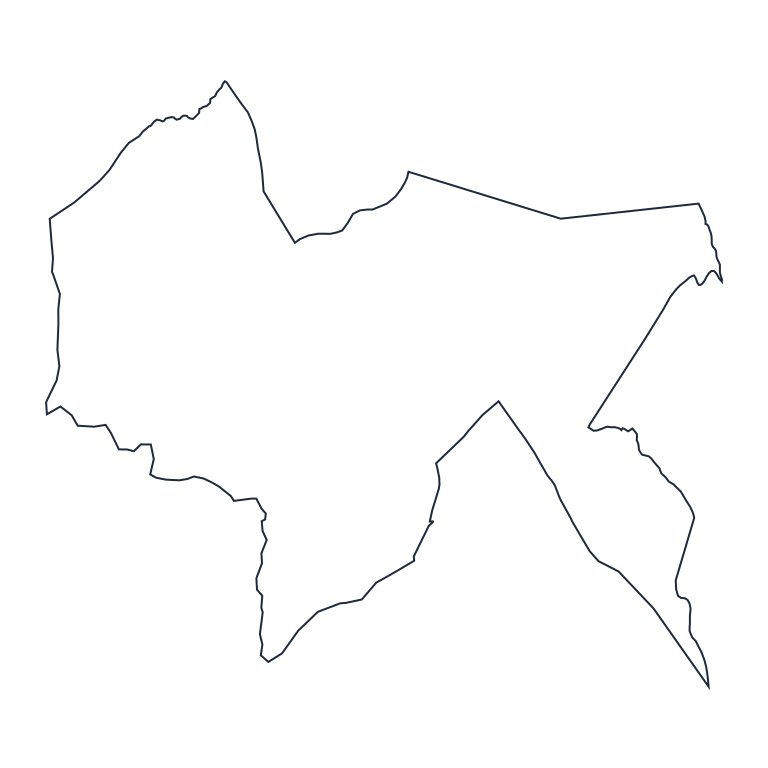 San José Ayuquila, Oaxaca, Mexico (Natural Earth projection)
{"feature_id": "50627088B32404165337072", "entity_name": "San José Ayuquila", "entity_type": "district", "adm_level": 2, "iso_a3": "MEX", "parent_name": "Mexico", "parent_adm1": "Oaxaca", "projection": "natural_earth1", "projection_center": [-97.964, 17.952], "detail": "fine", "context": "isolated", "style": "outline", "palette": "slate", "viewbox_px": 768, "rotation_deg": 0, "n_neighbors": 0, "source": "geoboundaries", "source_scale": "gbopen_adm2", "svg_char_len": 4127}
<svg xmlns="http://www.w3.org/2000/svg" viewBox="0 0 768 768"><path d="M708.6,686.7L708.4,684.6L707.9,678.9L707.1,672.5L706.1,666.6L704.3,659.8L701.7,652.7L699.2,647.9L695.8,641.1L692.1,637.3L691.1,634.9L689.6,631.1L689.6,627.5L689.9,623.4L689.9,615.7L690.6,608.9L689.5,603.4L687.6,600.0L685.0,598.3L681.0,597.9L678.0,595.8L676.2,589.5L675.7,580.5L694.2,517.9L693.5,514.7L692.7,512.3L690.1,506.7L687.8,503.1L685.8,500.0L683.7,496.4L680.7,491.4L677.6,488.4L673.5,484.3L668.7,481.5L665.7,477.4L661.3,473.3L660.0,470.1L659.5,468.3L657.6,466.2L654.2,462.3L651.2,458.4L649.1,456.5L645.9,455.6L642.3,454.8L641.9,454.4L640.7,452.9L638.9,449.7L638.6,445.8L638.3,444.2L638.0,443.0L636.7,440.0L637.0,437.1L636.9,434.2L634.8,431.3L632.3,428.5L628.2,431.3L626.3,430.2L624.4,428.9L622.6,428.3L621.4,430.1L621.0,429.7L619.8,428.6L617.0,427.7L615.0,427.2L610.8,427.2L607.2,426.7L604.9,427.5L600.7,429.3L600.2,429.2L598.0,430.3L593.7,430.8L588.4,427.4L589.9,424.3L645.4,338.3L663.4,309.2L670.3,296.9L676.2,289.3L680.0,285.4L685.9,280.7L689.2,277.7L692.0,276.0L693.9,275.4L695.4,277.5L696.5,280.1L697.4,282.7L698.8,284.9L700.8,284.8L702.3,283.6L704.5,280.8L706.5,276.9L709.1,273.0L711.5,271.0L713.8,270.9L715.9,272.8L717.7,275.7L719.3,278.6L721.9,281.6L721.9,279.1L721.1,277.1L719.9,272.8L719.9,264.6L718.7,262.0L717.7,260.0L716.9,258.3L716.4,255.4L716.2,252.6L716.0,250.8L714.5,248.3L712.9,246.8L711.7,243.7L711.7,239.7L711.5,236.0L710.7,232.6L709.5,229.7L708.5,226.3L707.2,224.6L705.5,224.0L705.6,221.4L704.6,216.7L701.9,210.6L700.1,206.9L698.6,203.6L560.8,218.7L408.5,171.8L407.8,174.7L407.1,177.8L405.0,182.4L401.0,189.2L395.4,196.6L386.8,203.7L372.6,209.5L370.3,209.5L367.7,209.5L359.9,210.4L353.0,213.9L347.7,223.0L342.2,230.5L336.9,232.4L330.7,233.8L318.4,233.7L308.5,235.5L299.9,239.1L294.9,242.8L263.6,191.4L262.2,172.8L260.8,162.8L257.8,147.7L256.4,137.5L254.7,129.3L251.6,120.8L247.8,112.2L242.3,105.0L236.0,96.1L229.0,85.9L226.7,82.3L224.8,81.3L222.7,84.1L222.3,85.5L221.3,87.7L219.3,89.5L216.9,92.4L215.1,96.2L213.0,97.4L210.4,99.1L210.1,102.9L206.5,106.1L204.5,106.6L202.4,107.3L201.3,108.4L199.4,109.0L199.1,112.9L195.2,116.9L192.9,119.0L190.0,118.4L188.2,117.4L186.9,116.0L185.6,115.7L183.3,115.7L181.7,116.8L180.0,118.7L176.8,119.7L175.2,118.8L173.9,117.4L171.6,117.1L168.2,117.9L165.9,118.5L164.0,120.8L162.7,121.4L160.2,120.4L157.0,119.6L154.2,121.5L152.6,123.4L151.5,125.1L150.3,126.0L149.3,126.1L143.0,131.4L139.2,136.2L128.9,142.8L120.7,152.9L109.7,169.6L102.3,178.0L98.7,181.7L74.1,202.6L49.7,218.8L51.5,242.1L53.0,258.2L52.0,271.9L53.1,274.4L59.9,294.0L58.3,309.2L58.4,324.0L57.4,349.9L59.4,366.2L56.6,380.5L46.1,402.2L46.9,414.3L60.4,406.5L71.7,415.3L77.7,425.7L94.2,426.7L96.6,426.3L105.6,424.9L110.8,432.7L118.9,449.4L127.2,449.5L133.9,451.2L140.9,444.4L150.8,444.5L153.8,459.1L150.2,474.4L156.1,477.7L160.7,478.6L165.7,479.6L172.5,480.0L179.6,480.3L187.3,479.0L193.9,476.5L203.6,478.5L211.0,482.0L218.8,486.4L231.0,496.2L233.9,500.9L251.4,498.6L256.3,498.6L261.6,508.8L265.8,513.5L265.1,519.5L261.7,521.2L262.6,531.1L266.7,540.0L261.4,553.3L262.0,563.2L256.4,578.2L257.0,589.7L262.3,595.8L261.3,607.7L262.7,612.3L259.9,634.2L262.4,644.6L260.8,655.3L268.4,661.9L282.0,653.4L298.2,630.7L317.9,611.8L340.3,603.3L345.9,602.9L361.8,599.5L376.2,582.7L393.1,573.2L412.9,561.5L414.2,560.7L413.8,556.4L428.7,526.0L429.1,524.9L429.0,525.7L432.9,522.0L432.9,521.5L432.7,521.3L429.8,521.5L432.2,510.4L436.1,497.7L438.8,488.9L439.5,484.4L439.3,480.6L439.3,478.1L437.5,469.0L436.1,463.3L463.8,436.7L468.8,430.3L469.9,429.2L477.7,420.5L482.3,415.2L498.6,401.3L500.3,403.8L518.5,429.5L525.3,438.8L534.6,452.9L541.4,465.0L544.7,470.6L546.0,473.0L547.3,475.2L547.6,475.8L547.9,476.0L549.8,478.4L551.7,480.6L552.1,481.2L553.1,482.7L554.2,484.2L554.5,484.7L554.8,485.2L558.9,496.0L559.3,496.8L559.3,497.0L561.1,500.9L562.0,502.4L564.5,507.0L568.0,513.2L569.5,516.1L570.3,517.4L570.4,517.6L572.1,521.2L572.6,522.2L572.9,522.7L574.2,524.9L574.6,525.5L579.0,533.1L588.6,549.3L589.9,551.5L590.5,552.1L592.2,554.0L594.0,556.1L596.0,558.3L598.4,561.1L618.6,571.5L653.5,608.4L708.6,686.7Z" fill="none" stroke="#1e293b" stroke-width="2"/></svg>